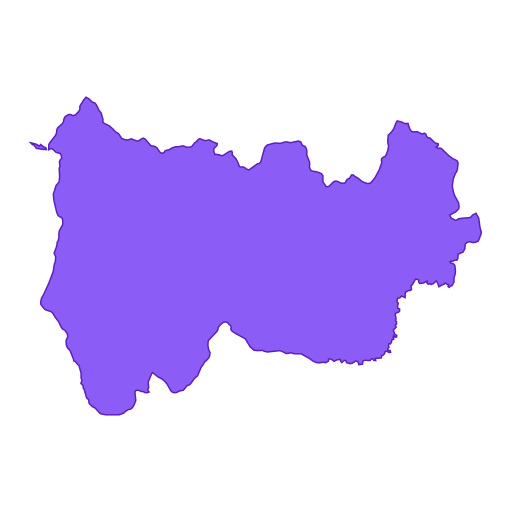 outline of Campina Verde, Minas Gerais, Brazil
{"feature_id": "56859067B98785698808341", "entity_name": "Campina Verde", "entity_type": "district", "adm_level": 2, "iso_a3": "BRA", "parent_name": "Brazil", "parent_adm1": "Minas Gerais", "projection": "robinson", "projection_center": [-49.784, -19.485], "detail": "fine", "context": "isolated", "style": "filled", "palette": "violet", "viewbox_px": 512, "rotation_deg": 0, "n_neighbors": 0, "source": "geoboundaries", "source_scale": "gbopen_adm2", "svg_char_len": 6015}
<svg xmlns="http://www.w3.org/2000/svg" viewBox="0 0 512 512"><path d="M298.5,141.0L290.6,142.7L286.7,141.9L284.1,142.1L281.7,143.1L279.8,143.3L274.8,143.0L267.5,144.9L265.6,146.5L264.5,148.3L260.7,162.1L259.3,163.4L257.3,163.9L249.0,169.9L246.2,169.0L244.7,167.6L242.7,166.9L241.0,167.1L239.4,166.6L238.2,163.1L235.7,158.4L232.2,154.8L232.4,152.7L231.7,151.1L229.6,151.3L222.9,155.5L221.2,155.6L219.1,154.7L214.8,154.3L213.6,150.5L214.1,148.3L217.0,145.5L217.2,143.5L213.6,142.2L209.1,139.9L205.2,140.7L199.8,138.7L198.4,139.3L195.8,142.2L194.5,143.0L192.0,146.3L190.2,147.1L186.8,147.2L183.1,145.8L178.1,146.8L175.7,146.7L171.9,148.0L168.8,149.9L166.7,150.1L165.1,150.9L163.9,152.7L161.5,153.3L159.8,152.0L156.8,147.7L155.0,146.5L150.8,145.6L145.3,139.2L143.6,138.2L142.2,138.4L138.6,140.9L136.8,141.0L131.2,138.8L127.9,140.0L124.8,139.6L121.7,138.4L118.5,133.6L115.2,131.6L112.7,128.8L109.1,125.7L104.4,123.5L102.8,122.0L103.0,119.6L101.6,114.4L101.1,112.9L99.1,110.4L96.3,104.7L94.8,102.9L92.4,102.2L88.9,98.8L86.0,97.2L83.8,99.8L80.3,105.4L79.7,107.0L80.0,108.9L78.9,111.2L75.6,114.8L72.6,115.6L70.7,114.5L68.3,114.6L65.0,116.8L64.1,118.4L63.3,122.2L62.5,123.5L57.5,128.0L56.7,130.1L56.6,132.6L55.7,135.1L49.5,143.1L48.8,144.7L48.7,149.7L51.1,148.5L53.3,149.6L55.9,152.3L60.2,153.5L61.4,155.9L61.6,158.5L60.2,159.9L59.4,161.8L60.0,166.3L59.2,168.1L59.6,176.6L59.1,182.0L56.1,185.4L53.3,194.3L53.9,200.3L56.7,212.3L58.1,215.6L62.1,218.2L62.7,219.9L62.8,224.3L59.2,231.1L58.8,234.7L59.0,236.6L58.6,238.9L58.1,240.8L57.1,242.3L57.1,244.1L56.2,247.7L54.1,253.1L55.6,256.5L55.6,258.4L55.3,261.5L54.4,263.9L53.2,271.6L48.6,283.7L43.2,295.4L41.7,297.7L40.6,302.0L40.9,304.5L43.6,308.1L45.4,309.7L51.1,311.7L52.5,312.7L55.4,317.5L58.8,322.0L61.3,327.4L62.3,328.7L65.1,330.6L67.0,333.3L67.6,334.9L67.7,337.1L66.4,339.4L66.0,341.5L66.5,345.7L67.5,347.9L70.0,350.5L73.5,359.2L73.8,360.9L75.2,361.4L77.7,364.5L78.9,365.4L81.1,373.2L81.1,378.0L81.9,380.3L80.9,383.5L82.4,384.8L83.3,386.2L83.2,388.0L84.2,389.5L86.2,396.5L86.9,398.3L88.6,399.6L89.1,403.3L90.2,404.6L92.4,406.6L95.3,408.2L99.9,413.3L101.2,413.9L106.1,414.8L117.8,414.8L119.4,414.7L123.3,413.3L127.7,409.8L130.9,409.0L132.4,407.7L134.2,404.7L135.8,400.4L134.9,392.2L135.9,390.5L137.4,390.2L139.0,390.5L141.8,391.6L143.3,391.6L145.0,392.6L147.5,392.7L149.1,392.0L148.1,390.5L147.6,389.0L148.7,387.9L148.2,382.0L151.6,373.8L152.5,372.5L158.0,376.9L162.3,379.2L164.7,381.3L167.0,383.9L170.7,390.6L172.4,392.2L174.2,392.7L176.2,392.6L179.8,390.9L183.3,390.3L187.2,385.5L189.2,385.0L190.5,383.9L194.6,378.3L197.5,375.9L201.4,366.7L202.9,365.0L204.8,361.7L206.1,360.9L208.8,357.8L209.6,355.8L210.1,352.8L208.5,349.1L207.9,345.4L208.1,341.4L208.9,339.9L217.0,331.4L217.9,329.5L218.2,327.7L219.9,325.2L223.2,322.4L225.6,321.9L227.7,322.6L229.0,324.5L230.4,325.4L231.2,326.8L230.8,329.4L231.8,330.9L234.6,332.9L245.3,338.8L250.1,346.8L254.0,350.2L257.0,350.6L262.6,350.4L264.0,351.2L267.4,352.0L279.2,350.7L281.2,351.0L286.3,353.5L288.5,353.4L290.5,352.7L294.7,353.8L301.1,353.8L309.7,358.7L313.2,361.2L316.4,362.6L319.4,362.8L323.7,362.2L325.3,362.8L328.5,361.1L328.6,359.0L330.4,359.0L332.5,360.0L334.0,361.4L336.8,359.9L340.3,359.4L340.6,361.2L341.8,362.6L344.3,360.3L345.9,360.6L346.5,362.7L350.2,363.7L352.4,363.2L355.5,361.1L357.6,361.4L358.4,362.9L358.8,364.7L362.5,364.1L362.9,361.1L364.8,360.2L370.0,360.6L371.1,359.1L372.4,358.6L373.7,360.3L375.7,360.6L375.2,358.5L381.4,357.9L381.6,355.6L383.5,355.0L384.5,353.6L385.1,351.6L386.8,351.2L389.0,352.5L390.6,352.4L390.2,350.6L388.3,350.3L387.7,348.8L389.0,347.2L388.5,345.2L389.0,343.6L390.5,343.9L391.5,342.2L391.7,340.0L393.8,339.2L393.0,337.1L393.6,335.6L394.9,337.2L396.6,337.0L396.7,335.3L395.0,334.5L393.3,330.1L396.2,327.2L395.2,325.1L396.5,324.0L396.6,321.8L395.5,320.5L396.1,319.1L395.2,313.9L396.6,312.7L398.4,312.3L399.6,311.2L399.6,308.9L397.8,308.3L397.5,306.3L398.3,303.1L396.8,301.7L397.7,298.1L399.8,297.9L401.7,296.1L405.1,297.6L405.3,292.4L408.7,290.5L410.4,290.5L411.5,289.4L411.0,285.9L412.4,284.6L415.5,279.2L417.0,279.3L418.7,280.0L418.7,282.1L419.7,283.5L423.6,283.0L427.0,281.0L427.0,283.0L428.2,284.3L430.0,283.6L431.2,284.5L433.3,283.6L436.3,280.9L437.5,282.8L438.9,286.8L442.5,284.7L444.2,284.2L445.5,283.0L446.7,284.1L448.6,284.8L448.0,286.5L449.3,287.4L450.4,286.1L452.1,285.6L454.0,281.9L454.0,278.2L455.3,273.4L455.4,270.3L454.8,265.3L453.2,263.6L450.8,263.0L449.9,261.8L451.2,261.2L452.9,261.2L455.2,260.0L457.0,260.2L457.8,258.5L458.1,254.2L463.1,252.0L464.9,248.6L465.2,244.1L466.8,242.6L469.1,241.6L473.2,242.6L475.4,242.3L478.2,241.2L478.9,239.6L480.9,234.5L481.3,232.1L480.0,227.5L478.7,218.1L476.0,213.3L472.8,214.9L470.3,217.5L460.0,218.5L458.3,218.9L457.0,220.0L455.0,220.2L451.3,218.1L449.7,215.1L455.6,212.0L458.6,208.9L459.1,206.9L458.6,202.9L454.6,195.5L453.4,191.9L452.3,186.2L453.2,179.2L455.5,173.2L456.7,171.6L457.4,169.2L458.1,162.8L456.8,160.6L452.5,158.5L447.7,154.7L441.4,148.5L439.9,148.1L437.9,148.3L436.1,147.1L438.3,145.6L438.1,143.6L436.1,143.4L434.1,142.1L430.0,138.0L427.6,137.6L426.4,135.8L425.9,134.2L424.3,133.2L422.2,134.1L417.3,131.7L413.3,131.9L411.6,131.5L410.2,129.7L408.6,125.7L408.1,123.5L404.4,123.5L401.7,122.0L397.2,120.9L396.3,122.2L393.7,128.8L391.6,131.9L388.2,135.3L387.8,140.3L387.9,143.6L388.7,145.7L387.7,150.8L386.1,154.9L384.9,156.7L383.6,157.0L381.7,158.5L381.4,160.5L381.8,162.5L379.1,170.2L374.7,178.2L371.0,182.6L369.4,183.4L367.3,183.5L362.5,181.8L357.8,178.0L354.6,176.3L353.5,175.0L351.6,174.9L349.5,178.3L347.7,179.0L346.3,180.4L345.5,182.3L344.3,183.2L341.1,183.1L337.0,181.2L335.0,181.1L333.3,182.0L328.9,186.4L326.4,186.8L322.9,181.8L322.9,175.7L321.4,173.7L317.9,172.1L311.5,170.9L310.2,169.2L309.4,166.6L309.7,164.5L309.5,162.2L306.7,154.7L306.9,150.8L306.2,148.5L305.1,146.4L302.9,145.7L301.8,144.4L300.9,142.0L298.5,141.0ZM46.4,149.5L45.8,147.7L44.1,147.1L40.6,144.5L39.6,146.0L35.4,143.9L30.7,142.8L32.2,144.4L34.0,145.3L36.5,148.4L43.8,149.5L46.4,149.5Z" fill="#8b5cf6" stroke="#5b21b6" stroke-width="1.5"/></svg>